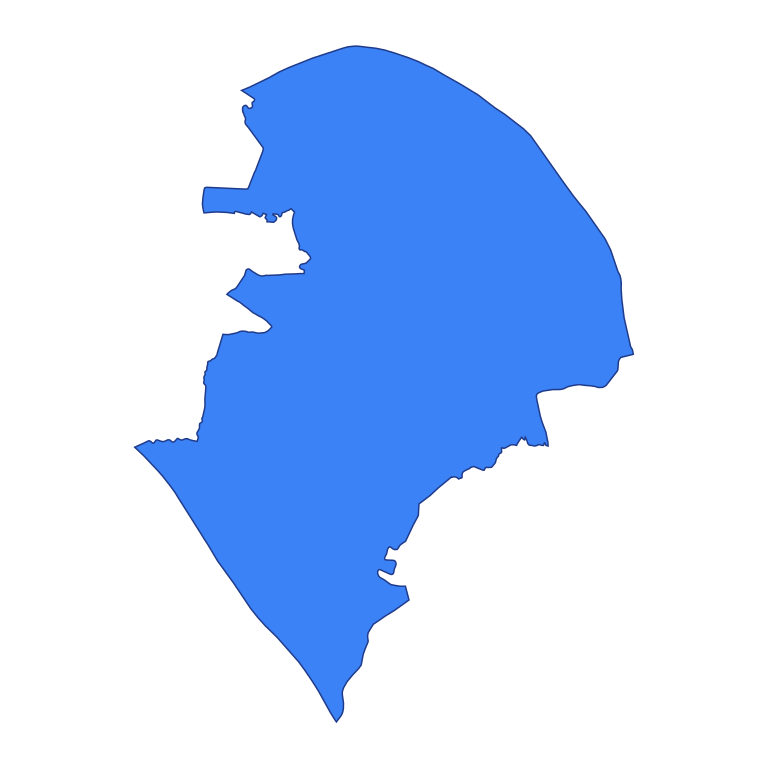 outline of Mo Cay Bac, Bến Tre, Vietnam
{"feature_id": "81297802B92984212454641", "entity_name": "Mo Cay Bac", "entity_type": "district", "adm_level": 2, "iso_a3": "VNM", "parent_name": "Vietnam", "parent_adm1": "Bến Tre", "projection": "albers", "projection_center": [106.276, 10.167], "detail": "fine", "context": "isolated", "style": "filled", "palette": "blue", "viewbox_px": 768, "rotation_deg": 0, "n_neighbors": 0, "source": "geoboundaries", "source_scale": "gbopen_adm2", "svg_char_len": 6108}
<svg xmlns="http://www.w3.org/2000/svg" viewBox="0 0 768 768"><path d="M478.2,95.0L461.0,84.5L444.1,75.0L433.3,68.5L425.4,65.0L418.6,61.7L415.3,60.4L409.2,58.0L396.0,53.5L384.9,50.1L376.2,48.3L358.2,46.2L354.7,46.1L348.1,46.8L343.2,48.1L312.9,58.0L289.0,67.5L278.9,72.1L269.0,77.7L249.7,87.1L241.6,90.4L254.1,98.6L254.6,99.8L254.1,101.2L252.2,102.4L252.1,103.8L252.5,105.5L252.4,106.7L251.6,107.8L249.8,108.4L248.4,108.1L247.2,106.5L246.1,105.4L245.0,105.4L243.7,106.0L242.6,107.5L242.6,110.6L243.0,112.4L243.8,113.9L244.3,115.6L245.5,118.2L245.6,119.3L245.1,120.8L245.1,122.8L245.7,124.3L248.5,127.7L263.1,147.7L263.3,149.1L262.6,151.7L255.3,171.0L254.6,172.0L248.8,186.8L247.8,188.8L245.4,189.1L206.4,187.3L204.7,187.9L204.1,189.7L203.0,197.3L202.4,204.2L203.2,209.4L204.0,212.9L213.2,212.1L217.9,212.0L226.5,212.4L234.3,213.4L234.5,212.3L234.8,211.7L235.9,211.4L246.1,214.1L249.1,214.5L249.6,214.4L250.2,214.0L250.9,213.2L251.5,212.0L258.9,216.3L259.9,216.8L261.1,216.2L261.9,215.5L262.3,215.1L263.1,213.3L266.5,214.5L265.1,217.8L267.2,220.1L267.0,221.8L271.0,222.0L273.6,222.3L275.5,220.8L276.1,220.1L276.5,219.4L276.6,218.2L276.5,217.5L275.7,216.5L273.0,214.9L272.8,214.3L272.9,214.0L274.2,213.9L278.0,214.4L279.2,216.5L279.6,216.7L280.5,216.6L281.1,216.0L281.5,215.3L282.0,213.2L282.4,212.8L282.9,212.5L284.7,212.1L286.8,210.9L289.2,210.0L291.0,208.6L294.5,212.1L293.4,215.5L292.6,219.3L292.5,223.7L293.3,228.3L296.9,239.7L298.9,243.6L299.4,245.9L299.1,248.0L299.1,248.8L300.1,250.0L300.6,249.8L301.5,249.7L302.2,249.9L304.9,251.6L305.4,251.5L305.7,251.4L307.0,252.7L309.7,256.0L310.3,256.9L310.6,257.7L310.5,258.4L310.3,259.0L306.7,262.6L305.9,263.1L304.0,263.7L301.3,264.2L300.7,264.6L299.9,265.7L299.6,266.5L299.6,267.4L300.2,268.3L300.9,268.8L304.0,269.9L304.3,270.5L304.1,273.6L299.3,273.6L295.6,273.9L285.0,274.2L279.8,274.9L268.2,275.4L266.5,275.3L265.6,275.4L263.5,275.9L261.4,276.0L259.0,275.3L257.4,274.5L252.2,271.3L249.5,269.2L248.8,269.0L247.6,269.1L246.1,270.1L244.6,275.4L237.3,286.4L235.8,288.3L234.0,289.3L231.6,290.3L228.6,292.6L226.9,294.4L237.2,300.9L239.7,302.2L244.5,306.0L247.8,308.3L251.0,311.1L253.1,312.7L258.3,315.7L262.2,317.7L264.4,319.2L266.9,321.2L271.7,326.3L271.6,327.2L268.6,330.3L267.3,331.3L264.8,332.5L264.0,332.7L258.3,333.2L256.6,332.9L253.2,332.1L251.8,332.0L249.4,332.3L248.0,332.1L246.1,331.4L242.9,331.1L241.3,331.2L239.7,331.6L238.1,332.4L235.8,333.1L228.5,334.6L224.8,334.5L223.0,334.3L217.4,352.8L217.2,354.0L216.8,355.2L215.1,357.7L214.3,358.4L211.9,359.4L211.0,360.4L209.8,361.1L209.1,361.1L208.1,361.6L207.8,362.0L207.6,364.6L206.8,367.8L206.9,369.5L206.5,370.6L205.4,371.2L204.9,372.2L205.2,374.0L204.9,375.0L204.1,376.5L203.9,377.8L204.1,379.6L204.1,380.8L203.8,381.9L203.8,383.4L205.0,384.7L205.8,385.9L205.8,388.1L204.9,398.9L205.0,405.3L204.7,408.2L202.7,417.0L202.0,418.1L201.8,419.0L202.5,421.0L202.0,422.0L200.7,422.8L199.7,423.6L199.5,424.9L199.5,427.6L199.0,429.2L197.0,432.7L196.9,434.1L197.5,435.5L198.3,436.8L198.2,438.1L197.8,439.1L197.1,441.4L191.5,440.3L189.1,439.5L187.5,438.7L185.7,438.7L184.1,439.2L182.3,440.0L180.9,440.0L179.8,439.5L177.9,438.4L177.3,438.5L174.7,441.3L173.5,442.0L172.8,442.0L172.1,441.9L170.0,440.1L169.0,439.8L168.1,439.8L167.1,440.1L164.5,441.4L163.0,441.6L161.4,441.4L157.6,440.0L156.4,440.0L155.8,440.3L154.9,441.8L154.0,442.8L153.3,443.1L152.7,443.0L152.0,442.6L150.8,441.5L149.8,440.9L148.3,440.9L143.4,443.3L134.7,447.2L143.7,455.7L158.3,471.2L162.9,476.5L171.0,486.9L175.3,492.9L178.2,497.7L202.6,536.3L204.0,538.7L207.7,544.3L217.5,560.8L233.7,583.2L250.8,608.7L257.7,617.3L265.2,625.7L277.0,637.2L298.9,662.1L305.2,670.8L312.2,681.1L318.4,690.9L330.2,712.2L335.1,720.1L336.4,721.9L339.7,717.6L341.8,714.5L342.8,711.8L343.4,708.5L343.5,703.0L342.4,695.1L342.3,693.6L342.4,691.4L343.7,687.5L347.1,681.6L352.7,674.9L358.7,668.5L361.2,665.0L363.2,654.4L365.0,649.3L368.1,641.7L368.1,640.6L367.6,636.8L367.7,635.0L368.3,632.4L373.3,624.3L385.5,615.9L394.3,610.5L409.0,600.0L405.4,586.2L399.9,586.2L394.9,585.4L391.3,584.7L389.5,583.7L384.5,580.0L379.9,577.4L378.5,575.7L377.7,573.5L377.7,571.2L378.5,570.0L379.2,569.6L380.0,569.6L390.2,574.2L391.7,574.5L392.8,574.1L393.6,572.8L394.5,568.5L395.5,566.3L396.0,564.7L396.0,563.1L395.5,561.8L394.6,560.6L392.9,560.3L386.7,560.0L385.0,559.6L384.6,558.6L384.9,557.1L386.6,553.7L387.1,551.7L387.4,549.7L388.4,547.7L389.7,546.8L390.6,547.1L392.7,548.7L394.1,549.5L395.9,549.6L397.3,549.3L398.4,547.8L399.6,545.7L401.0,544.3L405.6,541.2L413.1,525.3L418.3,515.6L419.0,503.9L430.1,495.5L438.5,487.7L451.5,477.0L451.7,477.4L453.6,476.9L455.0,476.9L455.9,477.1L457.1,477.7L458.8,479.0L459.5,478.5L461.6,477.9L462.0,477.6L462.1,476.6L462.0,474.8L462.2,473.7L462.7,472.4L464.1,471.2L465.8,470.2L469.8,468.4L470.7,467.3L471.1,467.3L473.8,466.5L482.7,470.1L484.0,470.3L484.4,469.8L485.2,468.1L485.8,467.6L486.3,467.4L488.5,467.5L491.3,467.3L491.9,466.9L494.5,463.9L495.3,462.7L495.7,461.6L496.0,460.1L496.8,457.9L498.3,456.4L498.6,455.7L498.7,454.6L499.4,453.7L501.2,452.8L501.6,452.1L501.5,447.9L502.0,447.8L503.8,448.3L505.1,448.0L511.1,444.8L513.9,444.8L516.6,445.4L517.0,444.3L519.5,440.3L521.6,437.3L522.6,438.5L523.6,439.4L524.6,439.9L525.2,437.3L526.0,438.6L526.9,440.6L527.7,443.2L528.4,444.3L529.0,444.9L529.9,445.3L531.1,445.3L534.4,446.0L535.7,445.9L539.0,444.6L542.1,445.4L543.1,445.5L543.6,445.2L544.1,443.3L544.6,442.9L545.1,443.3L545.7,445.0L546.4,445.6L548.1,446.0L547.9,442.5L547.5,440.3L545.9,432.2L542.2,422.4L540.3,416.2L536.8,399.6L536.3,395.9L537.0,394.1L538.3,393.0L540.5,392.0L543.2,391.0L552.5,389.6L559.7,389.5L561.2,389.3L563.6,388.8L567.8,386.7L572.8,385.5L579.0,384.6L586.4,385.5L590.6,385.8L594.7,386.4L598.5,387.5L602.2,387.4L604.4,386.6L606.2,385.3L617.0,371.4L617.6,370.3L617.9,369.2L618.4,361.9L618.8,360.4L619.9,358.5L620.9,357.4L633.3,354.3L632.4,349.7L630.6,346.6L624.1,317.8L621.8,299.2L621.1,288.1L621.3,283.2L620.7,278.3L619.8,275.0L618.0,271.7L610.7,250.1L605.1,238.9L585.9,211.4L578.9,202.9L573.1,195.6L562.2,180.5L530.7,135.8L523.6,128.9L504.6,114.2L494.7,107.7L478.2,95.0Z" fill="#3b82f6" stroke="#1e3a8a" stroke-width="1.5"/></svg>